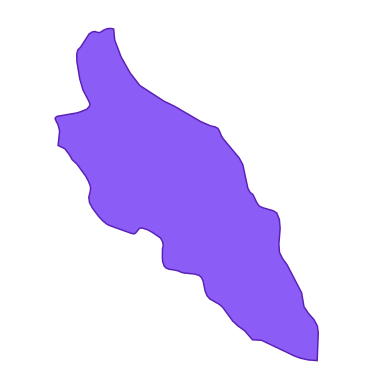 an SVG outline of Mostaganem, rotated 97°
{"feature_id": "DZA-2202", "entity_name": "Mostaganem", "entity_type": "Province", "adm_level": 1, "iso_a3": "DZA", "parent_name": "Algeria", "parent_adm1": "", "projection": "natural_earth1", "projection_center": [0.307, 36.01], "detail": "fine", "context": "isolated", "style": "filled", "palette": "violet", "viewbox_px": 384, "rotation_deg": 97, "n_neighbors": 0, "source": "natural_earth", "source_scale": "10m", "svg_char_len": 1678}
<svg xmlns="http://www.w3.org/2000/svg" viewBox="0 0 384 384"><g transform="rotate(97 192 192)"><path d="M39.8,289.6L50.7,287.2L66.6,278.8L81.4,267.9L92.7,256.7L105.3,230.9L109.0,219.8L121.1,191.8L124.1,181.6L124.6,176.7L125.8,173.9L128.8,171.8L132.3,169.9L135.3,167.6L152.5,149.3L158.7,144.9L181.5,137.0L185.4,134.2L187.0,131.3L194.9,126.2L197.8,123.5L199.0,119.6L200.7,109.1L202.4,105.4L208.7,101.9L217.4,100.1L233.1,99.4L241.3,97.8L247.3,93.8L252.6,88.8L278.7,70.9L292.2,66.9L298.4,61.5L303.8,55.4L309.8,51.2L316.7,49.5L344.1,47.2L344.2,49.5L344.5,56.2L343.7,64.3L342.3,70.3L330.7,105.0L331.3,114.0L323.3,122.8L319.4,130.0L315.2,135.8L302.5,147.7L300.0,151.6L296.1,161.1L293.2,164.4L288.4,167.0L279.1,170.1L275.8,172.2L273.9,174.7L273.1,179.9L273.4,190.0L272.9,193.1L271.9,196.6L271.5,201.0L271.5,205.1L270.7,208.3L269.0,210.5L264.8,212.6L261.6,213.3L251.8,214.4L248.7,214.0L245.3,215.0L241.5,217.6L236.9,226.5L234.9,231.5L233.9,236.6L234.1,238.9L235.2,240.3L238.0,241.9L239.5,243.0L240.4,243.9L240.6,245.1L240.5,246.9L235.4,269.5L234.2,272.8L231.6,276.9L227.6,281.7L220.3,288.7L215.1,292.4L209.8,293.8L203.7,293.1L200.6,293.1L198.0,293.9L193.8,296.2L189.4,299.3L178.3,309.6L174.6,314.8L170.1,318.1L164.5,323.6L162.2,330.6L148.0,330.8L145.2,331.7L141.1,333.4L139.2,334.9L135.9,336.8L134.6,336.5L133.2,334.8L127.6,316.1L125.8,312.1L122.5,306.3L119.5,304.4L117.6,303.8L114.4,305.5L103.9,312.7L93.4,317.2L76.7,322.1L69.7,323.2L66.5,322.9L64.6,322.5L63.2,321.3L61.5,320.1L47.7,313.4L45.3,310.6L44.5,307.9L45.0,305.6L45.1,303.5L44.3,302.0L43.4,300.9L42.4,299.8L41.4,298.2L40.4,296.4L39.9,294.8L39.5,291.9L39.8,289.6Z" fill="#8b5cf6" stroke="#5b21b6" stroke-width="1.5"/></g></svg>